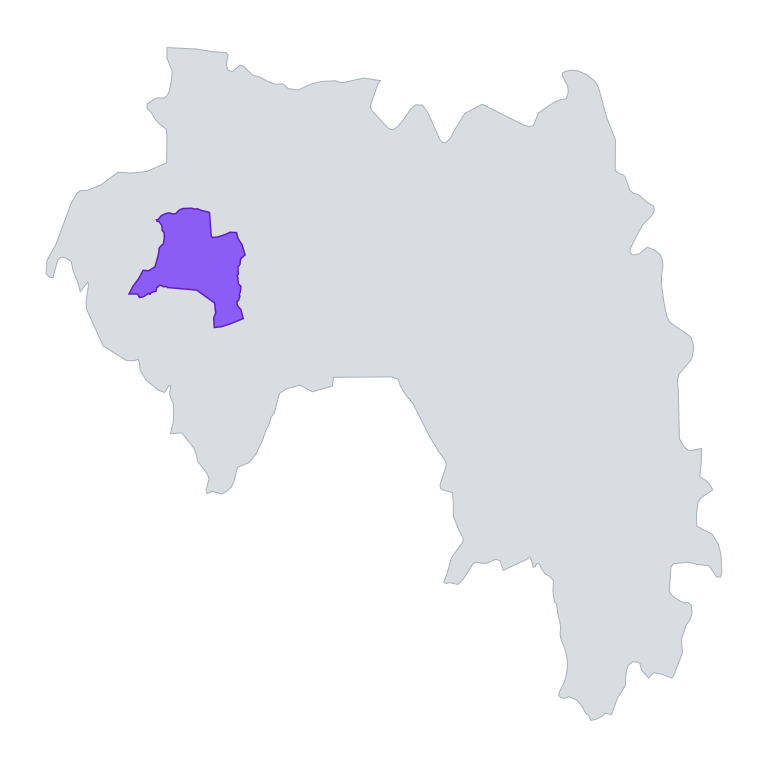 Guinea, with Télimélé highlighted
{"feature_id": "GIN-5660", "entity_name": "Télimélé", "entity_type": "Prefecture", "adm_level": 1, "iso_a3": "GIN", "parent_name": "Guinea", "parent_adm1": "", "projection": "equal_earth", "projection_center": [-13.393, 10.882], "detail": "fine", "context": "in_parent", "style": "filled", "palette": "violet", "viewbox_px": 768, "rotation_deg": 0, "n_neighbors": 0, "source": "natural_earth", "source_scale": "10m", "svg_char_len": 5746}
<svg xmlns="http://www.w3.org/2000/svg" viewBox="0 0 768 768"><path d="M483.1,563.4L476.0,562.2L472.9,564.0L463.6,578.6L458.0,584.4L449.3,582.6L446.1,583.6L443.8,582.0L447.0,573.9L451.4,557.9L462.9,541.8L463.1,538.4L458.4,529.0L453.4,516.2L453.3,502.5L452.4,492.5L442.2,489.8L440.4,488.1L440.1,484.7L445.7,467.6L446.2,464.1L445.5,461.1L439.2,452.3L429.4,436.1L412.6,402.8L406.3,395.8L400.3,385.7L398.1,379.2L391.8,376.9L333.4,377.3L332.4,386.0L312.3,391.8L299.9,385.1L286.1,389.0L279.4,393.5L274.3,412.9L271.3,417.0L268.4,425.7L265.7,430.5L262.7,440.1L256.1,453.7L249.2,462.5L237.5,467.3L233.9,481.7L231.2,487.1L226.7,491.3L221.9,494.0L212.3,491.2L206.9,493.8L206.0,490.2L209.1,478.8L206.6,472.9L197.5,461.1L196.6,455.3L193.8,448.0L181.7,432.8L170.4,433.7L173.5,421.0L173.4,404.0L169.6,394.8L170.6,385.4L168.5,386.0L164.7,392.5L158.6,390.4L146.3,380.3L140.2,370.6L139.4,362.3L138.0,359.1L134.3,360.8L126.6,360.6L103.1,345.9L86.4,308.7L86.1,300.3L88.5,285.9L87.9,282.0L80.2,291.6L78.8,285.2L73.0,270.3L71.3,261.7L65.7,257.9L61.2,257.2L57.7,260.1L53.0,277.5L49.6,277.4L46.1,273.7L46.9,260.7L55.9,244.4L71.1,203.4L76.5,194.0L79.9,190.7L87.0,190.4L101.0,184.9L118.0,172.1L131.1,173.1L146.6,171.5L166.7,162.8L166.9,135.3L166.2,129.1L159.1,123.6L154.9,118.9L151.4,112.8L147.0,108.4L147.2,103.9L156.1,98.0L164.3,98.1L167.0,95.8L169.0,91.9L171.3,82.0L172.2,71.6L166.8,57.5L167.1,47.6L196.6,49.0L212.8,51.8L226.0,52.6L228.1,54.8L226.3,64.5L228.0,70.2L232.5,71.7L239.9,65.0L243.8,66.5L252.1,74.8L259.8,77.1L268.2,81.7L276.1,84.2L283.1,83.9L288.4,88.6L298.3,90.0L310.9,84.1L320.9,81.5L335.0,80.8L342.3,82.8L363.7,78.0L380.5,80.7L377.9,83.9L370.3,105.9L371.2,109.8L388.3,128.4L392.4,129.8L397.0,127.3L404.3,118.7L410.1,109.4L415.7,104.8L422.2,105.1L427.4,111.7L439.7,139.3L442.8,142.8L445.7,142.7L451.0,137.6L453.7,131.5L464.9,113.3L482.3,104.2L523.8,125.1L529.9,126.7L533.5,125.1L538.6,112.8L554.2,102.2L561.6,99.3L565.9,99.0L567.5,95.6L568.3,90.6L567.4,85.4L562.5,76.0L562.3,73.3L565.1,71.5L571.0,70.1L578.7,71.0L587.4,75.1L594.5,80.9L598.6,87.9L606.5,117.0L615.4,139.8L615.2,170.5L619.1,173.6L623.4,174.9L625.4,177.3L629.7,189.9L633.7,193.6L638.5,194.5L647.5,202.6L653.3,205.8L654.1,208.2L654.0,211.5L651.7,215.8L643.1,224.3L638.9,231.5L630.1,248.9L629.9,252.1L631.8,254.5L635.4,254.9L639.3,253.7L647.4,247.3L653.8,249.6L660.0,254.4L662.3,259.5L662.9,266.1L661.6,274.6L661.4,284.1L663.6,300.4L666.8,316.6L670.1,322.5L690.7,336.8L692.7,342.2L693.8,348.2L692.3,356.4L690.3,361.0L679.1,373.8L677.4,379.8L678.3,391.1L679.4,438.7L683.9,446.7L689.2,450.8L701.5,448.5L701.3,461.7L699.7,476.6L706.9,481.1L710.6,485.6L712.6,489.9L701.3,497.7L698.0,502.3L696.5,514.7L696.9,526.2L712.3,534.4L718.2,543.9L720.9,553.9L721.9,572.7L720.6,577.0L716.6,577.0L708.8,565.6L696.9,564.4L688.1,562.2L673.4,563.7L670.9,567.1L669.3,592.0L672.8,596.3L679.9,601.0L684.5,603.0L688.3,602.4L691.3,605.5L692.0,613.7L690.0,619.7L686.1,625.3L681.3,639.8L682.4,653.0L674.2,674.1L671.9,678.2L660.8,674.0L653.6,672.7L648.5,678.0L641.3,669.8L639.9,663.3L637.3,662.0L632.5,661.9L628.0,665.6L626.1,672.2L625.2,685.8L617.2,698.6L611.6,714.6L605.0,713.1L603.6,715.1L596.6,719.2L590.6,720.4L589.0,716.1L585.5,712.7L581.6,705.9L577.2,700.4L568.7,696.5L565.4,698.3L561.4,697.8L558.7,695.7L559.1,692.4L563.5,684.0L566.0,676.4L567.4,668.0L567.3,660.0L564.9,648.8L561.1,639.9L560.1,634.7L560.6,627.4L559.7,620.5L558.4,617.0L556.6,604.0L554.3,601.6L553.0,591.3L553.4,580.6L550.1,576.6L544.9,573.7L541.9,569.5L540.0,564.9L538.1,563.5L536.5,563.8L535.1,566.7L533.4,567.3L530.3,557.3L529.1,557.0L527.0,559.2L503.2,570.3L500.1,560.9L495.6,559.2L487.7,563.0L483.1,563.4Z" fill="#d9dde1" stroke="#a8b0b8" stroke-width="1"/><path d="M236.5,232.6L238.2,238.9L242.0,244.6L245.1,255.0L244.6,255.3L241.3,258.2L240.8,258.9L240.5,259.6L240.5,260.3L240.3,261.3L240.0,264.2L238.9,266.0L238.1,266.8L237.9,267.5L238.0,268.1L238.1,268.9L238.1,270.6L238.1,271.4L238.4,272.8L238.5,273.7L238.2,274.3L237.5,275.1L237.3,275.7L237.2,276.3L237.4,276.8L237.7,277.2L237.9,277.7L238.0,278.3L237.9,279.7L238.0,280.5L238.3,281.8L238.3,283.3L238.5,283.9L238.8,284.3L239.5,285.1L239.9,285.4L240.3,285.7L240.7,286.0L240.9,286.6L240.9,287.3L240.3,291.8L240.0,292.7L239.7,293.6L239.2,294.5L239.1,295.2L239.3,295.6L239.6,295.7L239.9,296.1L239.8,296.8L238.8,299.7L238.3,300.6L237.7,301.2L237.2,301.7L237.0,302.3L237.0,303.7L237.1,304.4L237.3,305.0L237.6,305.4L237.8,305.9L240.9,309.6L243.2,318.6L239.8,320.0L229.6,324.1L221.4,326.7L214.3,327.5L214.0,322.5L213.7,317.8L215.7,313.1L214.6,303.0L196.7,290.1L177.7,288.4L167.4,287.5L166.5,286.6L165.5,286.5L163.8,286.8L162.9,286.5L160.5,285.2L159.6,285.3L158.8,285.8L158.2,286.7L157.5,287.2L156.7,287.5L155.9,291.3L152.4,292.1L152.0,292.4L150.8,293.0L150.5,293.5L150.2,294.1L149.9,294.3L149.5,294.2L148.8,293.3L143.4,296.8L139.4,297.5L137.7,294.0L129.0,294.0L133.0,286.2L138.5,278.9L143.2,270.3L148.6,270.8L155.0,266.8L156.8,260.2L158.2,255.5L159.1,250.0L159.0,248.8L159.3,248.0L161.1,245.8L161.9,245.0L162.7,244.5L163.1,244.2L163.3,243.8L164.2,238.7L164.3,237.5L164.2,234.9L164.2,233.8L164.2,233.0L164.0,232.4L163.0,231.2L162.6,230.9L162.2,230.5L162.0,229.7L162.1,226.9L162.0,226.1L160.9,224.2L160.2,223.4L159.4,221.9L159.0,221.6L157.9,221.5L157.3,221.3L156.9,221.1L156.5,219.9L158.3,219.4L159.9,217.4L161.3,215.6L165.6,213.6L169.0,212.9L169.8,213.0L170.2,213.1L170.6,213.4L171.1,213.6L172.7,213.9L173.8,213.9L175.3,213.8L176.1,213.4L176.7,212.8L177.3,211.9L178.3,210.9L180.6,209.4L182.0,208.8L183.3,208.5L191.2,208.2L192.2,208.4L193.0,208.6L193.5,209.1L197.5,208.8L201.3,210.4L206.8,211.7L207.7,211.8L208.1,212.0L209.5,212.6L211.2,235.8L211.4,236.3L212.3,237.3L212.9,237.4L217.6,237.0L225.6,234.4L229.1,232.7L230.0,232.2L236.5,232.6Z" fill="#8b5cf6" stroke="#5b21b6" stroke-width="1.5"/></svg>